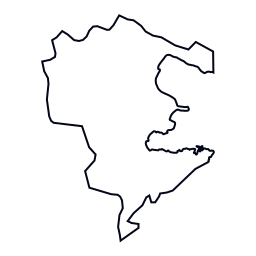 outline of Sevan, Gegharkunik, Armenia
{"feature_id": "60910142B53261358782492", "entity_name": "Sevan", "entity_type": "district", "adm_level": 2, "iso_a3": "ARM", "parent_name": "Armenia", "parent_adm1": "Gegharkunik", "projection": "mercator", "projection_center": [45.001, 40.541], "detail": "fine", "context": "isolated", "style": "outline", "palette": "ink", "viewbox_px": 256, "rotation_deg": 0, "n_neighbors": 0, "source": "geoboundaries", "source_scale": "gbopen_adm2", "svg_char_len": 5809}
<svg xmlns="http://www.w3.org/2000/svg" viewBox="0 0 256 256"><path d="M120.6,240.6L138.5,227.9L138.5,224.0L131.6,223.0L127.7,221.1L133.6,213.2L142.4,205.3L146.3,197.4L149.3,195.5L151.3,202.3L155.2,202.3L159.1,196.4L160.1,193.5L166.9,192.5L172.8,190.5L195.4,168.9L208.3,162.0L208.3,161.8L208.7,161.3L208.8,161.1L208.5,160.5L208.5,160.2L209.2,159.3L209.2,159.0L209.2,158.8L209.0,158.4L209.0,158.0L209.2,157.5L209.3,157.3L209.5,157.1L209.9,157.1L210.5,157.0L210.8,157.0L211.1,156.8L211.3,156.5L211.5,155.8L211.8,155.3L213.1,153.7L213.7,152.7L213.7,152.4L213.8,151.9L213.6,151.5L213.5,151.2L213.2,151.0L213.0,150.8L212.6,150.7L211.5,150.5L211.3,150.6L211.0,150.8L210.1,150.8L209.8,150.7L209.5,150.6L209.0,150.0L208.7,149.5L208.4,149.2L208.2,149.1L207.5,149.1L207.1,149.2L206.3,149.1L206.0,149.0L205.1,148.5L204.7,148.4L203.9,148.6L203.2,149.3L202.6,149.9L202.3,150.2L202.0,150.1L202.1,149.8L202.7,149.1L203.1,148.5L203.1,148.3L203.0,148.1L202.9,148.0L202.7,148.0L201.7,148.4L201.3,148.4L200.9,148.3L200.8,148.2L200.8,147.9L201.0,147.7L201.6,147.3L202.3,146.6L202.4,146.3L202.4,146.2L202.2,146.1L201.8,146.3L201.0,146.9L200.5,147.5L200.3,147.8L200.2,148.0L200.1,148.5L200.1,148.8L200.1,149.2L200.6,149.9L200.7,150.3L200.7,150.7L200.6,151.0L200.4,151.3L199.8,151.3L199.4,151.1L199.2,150.9L199.0,150.5L199.1,149.8L199.2,149.1L199.4,148.5L199.5,148.1L199.4,147.7L199.2,147.1L199.2,146.6L197.6,146.2L197.2,146.2L196.8,146.1L196.7,146.1L196.6,146.4L197.2,146.9L197.6,147.1L198.3,147.2L198.9,147.6L199.1,147.8L199.2,148.1L199.2,148.4L199.1,148.9L198.4,150.0L197.8,151.1L197.6,151.7L197.5,152.3L197.3,153.3L196.8,154.1L196.6,154.4L196.4,154.5L196.2,154.5L195.9,154.3L195.8,154.1L195.8,153.8L195.7,153.6L195.3,153.3L195.2,153.0L194.9,153.0L194.1,153.1L193.9,152.9L193.9,152.6L194.0,152.4L194.4,151.9L194.6,151.3L194.7,150.8L195.1,149.8L195.1,149.4L195.0,149.1L194.9,148.9L194.5,148.8L194.2,148.9L192.6,148.8L192.0,148.9L191.7,149.1L190.2,149.3L189.4,149.7L189.1,149.3L188.8,149.0L187.7,148.9L187.3,148.6L187.0,148.5L186.4,148.4L185.8,148.5L185.5,148.6L185.3,148.8L183.8,148.9L183.2,149.1L182.7,149.6L182.4,150.4L182.2,150.7L182.0,151.0L181.7,151.1L180.9,151.2L180.4,151.1L180.1,150.9L179.9,150.7L179.6,150.1L179.3,150.0L179.0,150.6L178.6,150.7L177.7,150.9L177.5,151.1L177.4,151.5L177.5,152.0L177.3,152.3L177.0,152.5L176.7,152.7L175.9,152.8L175.4,152.7L174.4,152.8L173.0,152.6L170.2,152.1L169.2,151.4L168.3,150.5L168.0,150.5L167.5,151.0L167.1,151.3L166.5,151.4L165.9,151.2L165.3,150.9L163.1,149.6L162.0,149.1L161.7,149.2L161.5,149.4L161.2,149.6L160.5,149.5L159.6,149.4L159.2,149.5L158.3,150.3L157.9,150.3L156.9,150.2L154.8,149.9L153.6,149.8L153.0,149.7L152.6,149.5L152.1,149.5L151.7,149.6L150.6,150.4L149.9,150.6L149.6,150.5L149.2,150.1L148.4,148.9L147.5,147.9L146.9,146.9L146.7,146.2L146.4,145.7L146.0,144.5L145.9,144.0L145.8,143.3L145.8,142.7L146.1,141.9L146.3,141.4L146.5,141.2L146.9,141.1L148.0,141.1L148.4,140.9L148.5,140.6L148.6,140.2L148.4,139.3L148.2,138.9L148.1,138.5L148.2,137.8L148.6,137.0L149.0,136.2L149.4,135.4L149.8,134.8L150.4,134.2L153.4,131.5L154.0,131.3L154.5,131.3L155.0,131.4L155.4,131.6L156.0,132.2L156.3,132.4L156.6,132.4L156.8,132.2L157.2,131.9L157.8,131.8L158.8,132.0L159.1,132.3L159.3,132.5L159.7,132.7L160.1,132.7L160.6,132.6L161.3,132.6L161.9,132.8L162.3,133.2L162.8,133.8L163.1,134.0L163.4,134.2L163.7,134.2L164.9,133.7L165.8,133.3L166.7,133.2L167.1,133.1L167.5,132.7L167.2,131.7L167.2,131.3L167.3,131.0L167.5,130.7L167.9,130.4L168.2,130.2L168.9,130.1L171.3,129.9L171.8,129.7L173.2,128.8L173.6,128.5L173.9,128.1L174.8,125.3L175.1,123.9L175.1,123.1L174.9,122.6L174.4,122.1L173.8,121.8L172.5,121.3L170.9,120.3L170.1,120.0L169.8,119.7L169.7,119.3L169.8,118.8L170.4,117.4L170.7,116.3L171.2,115.3L172.1,113.9L173.3,112.5L176.1,110.2L176.7,109.9L177.1,109.7L177.7,109.6L178.4,109.8L179.9,110.3L180.5,110.5L181.6,110.6L182.9,110.6L184.4,110.8L186.4,110.8L187.4,110.7L188.0,110.5L188.4,110.2L188.7,109.8L188.8,109.4L188.7,108.6L188.4,107.9L188.0,107.1L187.6,106.8L186.6,107.0L184.9,107.1L179.6,106.4L178.6,106.3L178.1,106.1L177.6,105.8L177.3,105.5L177.1,105.1L176.9,104.1L175.3,100.0L175.0,99.4L174.7,99.0L172.8,97.6L170.2,96.0L168.1,94.9L165.5,93.8L163.8,93.0L162.5,92.4L161.3,91.7L160.5,91.1L159.9,90.5L158.6,89.1L158.1,88.3L157.6,87.3L156.3,84.3L156.0,83.3L155.8,81.4L155.7,80.7L155.8,79.3L156.0,78.3L156.3,77.5L157.5,75.1L158.2,73.7L158.5,73.0L158.7,72.6L159.3,71.8L159.7,71.2L159.8,70.9L159.9,70.5L159.9,70.1L159.8,69.5L159.6,69.4L158.6,69.1L158.3,68.9L158.3,68.6L158.2,68.0L158.2,67.1L158.4,66.4L158.6,65.8L159.1,64.9L160.5,62.8L164.0,58.4L164.7,57.3L165.5,56.3L165.9,55.8L166.7,55.2L167.1,55.1L167.9,54.9L169.2,54.9L169.7,55.0L170.7,55.3L172.0,56.0L172.4,56.2L172.9,56.6L173.6,56.8L174.2,56.9L174.8,57.1L176.5,57.4L177.0,57.6L177.5,57.9L178.1,58.4L179.8,59.2L182.0,60.5L182.5,60.7L183.1,60.9L183.3,60.9L183.5,61.0L186.5,63.5L187.3,63.8L187.9,64.2L188.4,64.5L188.9,64.6L190.8,64.9L191.7,65.2L193.0,65.3L194.4,65.8L195.0,66.1L196.6,66.5L197.8,67.0L198.0,67.2L198.6,67.8L199.4,68.9L199.5,69.2L200.0,69.8L200.3,70.0L200.8,70.7L201.2,71.2L201.8,71.6L203.9,72.8L204.2,73.1L204.5,73.1L205.2,72.9L206.2,72.4L207.0,71.9L208.0,71.7L209.0,71.7L209.8,71.8L210.6,72.1L211.6,72.0L212.4,72.0L213.4,72.5L213.1,51.5L195.8,42.0L188.4,49.5L175.2,45.4L161.3,37.3L153.0,35.6L145.6,31.5L141.2,25.9L133.6,20.3L127.7,19.4L119.2,15.4L113.4,25.3L109.4,29.7L106.9,29.8L97.3,26.2L93.1,26.6L89.3,30.7L86.6,36.5L83.0,39.9L79.0,41.0L74.1,40.1L67.6,34.4L62.2,31.1L56.6,37.4L52.1,40.2L55.5,53.2L55.0,56.9L50.2,59.8L42.2,61.5L44.2,71.2L47.9,78.0L48.5,83.7L46.9,99.6L49.2,116.3L51.1,120.8L53.7,122.8L82.0,126.2L89.1,147.2L95.6,154.5L94.5,160.5L85.1,171.1L89.4,187.7L111.2,194.2L117.7,194.8L120.2,196.7L122.0,200.4L122.8,208.2L119.5,215.0L118.1,226.9L119.8,234.7L120.6,240.6Z" fill="none" stroke="#020617" stroke-width="2"/></svg>